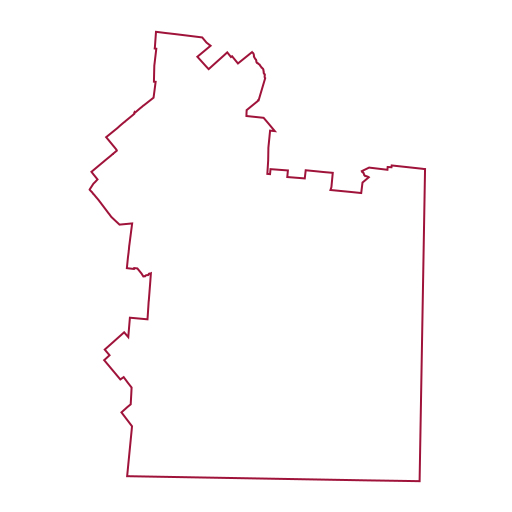 outline of Diamantina, Queensland, Australia, rotated 271°
{"feature_id": "25037944B3552129947749", "entity_name": "Diamantina", "entity_type": "district", "adm_level": 2, "iso_a3": "AUS", "parent_name": "Australia", "parent_adm1": "Queensland", "projection": "mercator", "projection_center": [140.812, -24.577], "detail": "fine", "context": "isolated", "style": "outline", "palette": "rose", "viewbox_px": 512, "rotation_deg": 271, "n_neighbors": 0, "source": "geoboundaries", "source_scale": "gbopen_adm2", "svg_char_len": 4665}
<svg xmlns="http://www.w3.org/2000/svg" viewBox="0 0 512 512"><g transform="rotate(271 256 256)"><path d="M478.4,152.1L463.5,151.3L461.7,151.1L461.5,152.7L444.5,151.0L428.5,150.9L428.4,152.6L420.3,151.7L412.5,150.8L404.6,141.1L404.5,140.8L403.1,139.3L401.8,137.7L397.2,132.5L397.7,132.1L396.8,131.7L396.0,131.8L394.0,129.5L388.4,122.9L387.8,122.4L387.4,121.7L383.6,117.4L381.5,115.2L380.5,114.0L372.2,104.1L360.6,114.0L359.2,115.0L358.9,115.0L355.8,111.4L355.5,111.3L355.5,111.0L354.0,109.4L352.9,108.1L349.6,104.2L337.3,90.0L334.2,92.5L333.9,92.8L329.8,96.2L327.2,93.9L325.5,92.2L319.9,88.7L319.4,88.5L317.9,89.9L317.8,90.0L317.4,90.4L317.3,90.6L317.2,90.6L317.0,90.8L315.4,92.2L315.2,92.2L315.0,92.5L314.2,93.3L312.4,94.8L312.2,95.0L311.9,95.2L311.8,95.4L311.6,95.5L309.7,97.2L309.6,97.3L297.6,106.7L296.4,107.6L295.5,108.4L292.6,110.6L289.5,114.0L285.0,119.0L286.4,131.6L264.9,129.2L264.3,129.1L261.7,128.9L260.0,128.8L258.8,128.6L258.7,128.6L257.9,128.6L255.2,128.3L252.5,128.0L241.6,127.1L240.9,134.2L241.8,134.4L241.5,137.6L236.4,141.9L235.9,142.2L233.6,143.7L233.6,143.8L233.6,144.0L233.8,144.3L233.7,144.6L233.7,144.8L233.7,145.0L233.9,145.1L233.9,145.3L233.9,145.5L234.2,145.7L234.4,146.0L234.6,146.1L234.8,146.4L234.9,146.7L234.9,147.1L235.0,147.5L235.0,147.8L235.0,148.1L235.0,148.4L235.2,148.7L235.4,148.8L235.6,148.8L236.0,149.0L236.4,149.3L236.4,149.7L236.5,150.0L236.7,150.3L236.6,150.6L236.6,150.8L236.8,151.2L227.6,150.7L209.5,149.6L209.3,149.6L209.2,149.5L194.4,148.8L190.8,148.6L192.1,131.0L172.7,129.7L177.4,125.5L159.8,106.4L154.2,111.3L149.2,106.0L130.2,122.5L132.6,125.8L127.1,130.0L122.3,133.9L115.7,133.7L105.5,133.3L102.7,130.0L97.3,124.2L83.6,135.0L79.5,134.7L33.6,131.0L33.6,147.3L33.6,172.1L33.6,182.9L33.6,184.3L33.6,208.5L33.6,217.0L33.6,232.4L33.6,285.5L33.6,321.6L33.6,354.4L33.6,369.9L33.7,409.7L33.7,413.1L33.7,423.5L46.5,423.5L49.1,423.5L69.5,423.5L72.9,423.5L75.1,423.5L75.3,423.5L108.5,423.5L113.4,423.5L114.1,423.5L139.9,423.5L158.2,423.5L160.8,423.5L163.4,423.5L165.2,423.5L165.8,423.5L174.4,423.5L175.5,423.5L179.1,423.5L181.1,423.5L183.0,423.5L226.1,423.5L230.0,423.5L230.9,423.5L233.3,423.5L234.8,423.5L260.6,423.5L286.5,423.5L287.7,423.5L295.1,423.5L329.6,423.5L338.3,423.5L345.9,423.5L346.0,421.4L346.1,421.1L347.6,404.6L348.9,390.1L347.1,389.9L347.1,389.6L347.3,386.1L344.5,385.9L345.9,372.2L346.3,368.2L346.4,367.6L343.1,361.1L342.7,360.3L342.1,360.6L341.9,360.7L341.9,361.0L341.6,361.2L341.7,361.4L341.3,361.7L340.9,362.1L339.8,362.5L339.0,362.7L338.6,362.9L338.3,363.3L338.0,363.6L338.2,363.8L338.0,364.3L337.8,364.6L337.8,364.8L337.7,365.1L337.4,365.9L337.3,366.3L337.1,366.5L337.0,367.0L336.7,367.4L331.3,361.2L320.8,360.1L321.7,349.5L322.3,341.9L323.3,329.3L326.2,330.2L340.5,331.3L341.1,322.4L341.7,315.4L342.6,304.2L334.4,303.4L334.7,299.0L335.5,285.9L342.1,286.4L343.1,269.0L338.1,268.6L338.3,265.9L351.5,266.5L364.6,266.5L381.6,267.9L381.2,272.6L388.4,266.4L394.3,261.2L395.8,244.0L398.0,244.0L401.7,244.1L411.1,255.2L411.7,255.3L411.7,255.9L431.5,261.4L434.0,262.1L434.2,261.9L434.4,261.7L434.7,261.6L434.9,261.6L435.2,261.6L435.4,261.5L435.6,261.5L435.8,261.5L436.0,261.5L436.3,261.5L436.5,261.6L437.1,261.6L437.4,261.7L437.7,261.6L438.2,261.3L438.4,261.0L438.4,260.9L438.5,260.7L438.9,260.6L439.1,260.7L439.4,260.6L439.6,260.5L439.9,260.4L440.2,260.4L440.3,260.4L440.6,260.5L440.8,260.5L440.9,260.4L441.1,260.3L441.3,260.2L441.7,260.2L441.9,260.2L442.2,260.1L442.4,260.1L442.6,260.1L442.8,260.0L443.1,259.8L443.3,259.7L443.5,259.5L443.6,259.3L443.8,259.2L444.0,258.9L444.3,258.7L444.4,258.4L444.5,258.2L444.8,258.1L445.0,258.0L445.2,257.8L445.3,257.7L445.5,257.6L445.8,257.3L446.0,257.1L446.5,256.9L446.7,256.7L446.9,256.5L447.2,256.4L447.4,256.3L447.6,256.1L447.7,255.9L447.8,255.6L447.9,255.3L448.1,255.1L448.3,254.9L448.5,254.8L448.7,254.6L448.7,254.4L448.8,254.2L449.0,254.1L449.2,253.8L449.2,253.5L449.4,253.4L449.6,253.2L449.8,253.1L450.0,253.1L450.5,253.0L450.8,252.9L451.0,252.8L451.4,252.9L451.6,252.8L451.8,252.7L452.1,252.6L452.3,252.6L452.5,252.4L452.7,252.2L452.9,252.0L453.0,251.8L453.2,251.7L453.5,251.5L453.8,251.3L454.1,251.2L454.4,251.0L454.7,250.9L454.9,250.7L455.1,250.5L455.4,250.4L455.7,250.5L456.0,250.5L456.5,250.4L457.0,250.3L457.3,250.3L457.6,250.2L457.8,250.1L458.1,250.0L458.3,249.9L458.5,249.8L458.8,249.6L459.1,249.3L459.2,249.0L459.3,248.7L459.5,248.5L459.7,248.4L458.8,247.3L448.2,234.6L449.0,233.9L455.3,228.6L454.5,227.5L459.1,223.7L455.5,219.9L446.4,210.1L442.0,205.4L444.8,202.7L454.2,193.9L465.4,206.9L468.5,202.8L473.6,198.4L474.9,186.1L475.9,176.6L476.5,170.8L477.1,164.6L477.3,162.4L478.2,154.1L478.4,152.1Z" fill="none" stroke="#9f1239" stroke-width="2"/></g></svg>